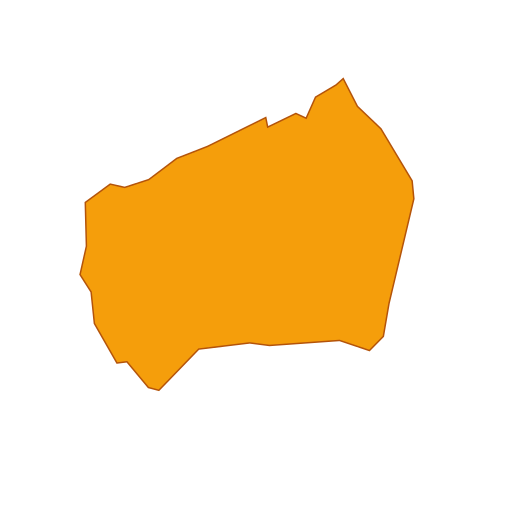 Cannon, Tennessee, United States of America (Mercator projection), rotated 55°
{"feature_id": "52423323B6550108004779", "entity_name": "Cannon", "entity_type": "district", "adm_level": 2, "iso_a3": "USA", "parent_name": "United States of America", "parent_adm1": "Tennessee", "projection": "mercator", "projection_center": [-86.082, 35.804], "detail": "fine", "context": "isolated", "style": "filled", "palette": "amber", "viewbox_px": 512, "rotation_deg": 55, "n_neighbors": 0, "source": "geoboundaries", "source_scale": "gbopen_adm2", "svg_char_len": 559}
<svg xmlns="http://www.w3.org/2000/svg" viewBox="0 0 512 512"><g transform="rotate(55 256 256)"><path d="M161.8,92.3L160.0,116.1L171.9,135.9L162.1,141.6L157.1,172.5L148.2,168.6L138.4,232.9L130.6,264.9L131.9,300.0L124.5,324.2L113.5,334.2L114.2,365.1L150.7,389.3L170.3,410.8L190.9,411.7L218.6,427.1L263.9,431.3L268.6,422.4L302.0,419.6L310.3,412.6L299.4,356.3L323.6,311.0L337.0,296.3L373.1,236.0L398.5,217.3L394.9,197.8L371.1,174.2L299.7,93.9L284.0,85.0L223.4,80.7L191.6,87.1L160.7,82.8L161.8,92.3Z" fill="#f59e0b" stroke="#b45309" stroke-width="1.5"/></g></svg>